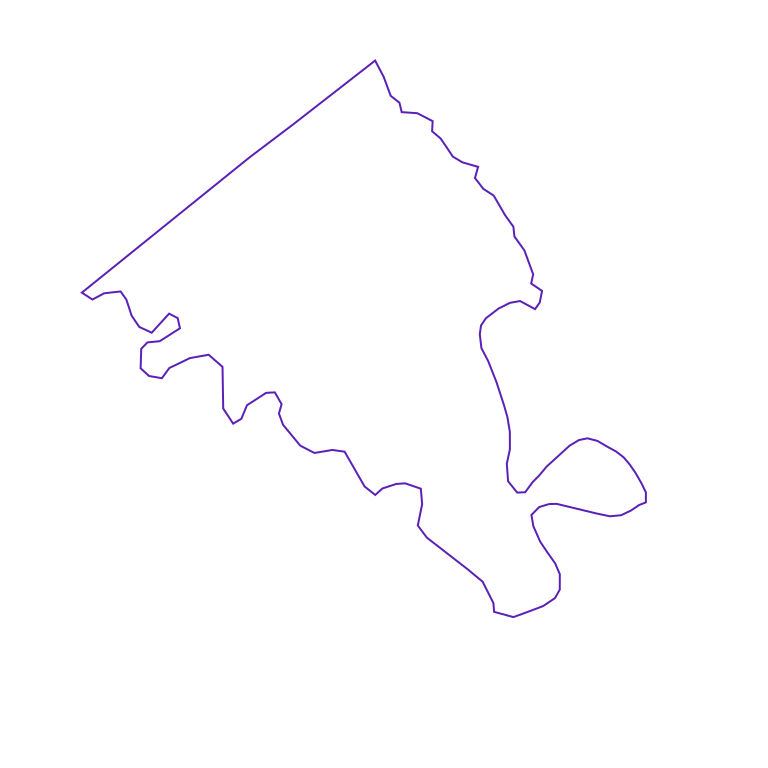 Cotiporã, Rio Grande do Sul, Brazil (Equal Earth projection), rotated 326°
{"feature_id": "56859067B19621956734569", "entity_name": "Cotiporã", "entity_type": "district", "adm_level": 2, "iso_a3": "BRA", "parent_name": "Brazil", "parent_adm1": "Rio Grande do Sul", "projection": "equal_earth", "projection_center": [-51.685, -29.013], "detail": "fine", "context": "isolated", "style": "outline", "palette": "violet", "viewbox_px": 768, "rotation_deg": 326, "n_neighbors": 0, "source": "geoboundaries", "source_scale": "gbopen_adm2", "svg_char_len": 1678}
<svg xmlns="http://www.w3.org/2000/svg" viewBox="0 0 768 768"><g transform="rotate(326 384 384)"><path d="M551.1,406.4L558.7,403.5L567.1,395.2L562.2,383.0L569.0,376.5L575.1,351.8L574.6,334.7L579.2,326.0L578.8,311.8L580.3,289.1L575.5,277.9L574.6,264.1L583.4,256.6L572.9,244.0L568.2,233.9L568.3,223.1L568.2,212.0L565.2,201.4L571.3,193.3L563.0,178.1L550.7,168.5L554.1,159.4L550.7,148.9L555.5,129.2L557.5,110.9L453.4,118.0L399.5,120.9L184.6,139.3L189.5,150.9L202.7,152.3L217.4,160.0L217.6,170.0L213.0,186.2L213.0,199.8L220.1,211.6L245.2,205.5L249.8,214.0L246.0,223.7L222.0,223.1L211.1,217.2L202.4,219.1L191.0,234.9L193.7,246.0L203.1,255.0L215.0,250.7L237.6,254.0L255.0,261.7L259.7,279.5L237.0,314.4L236.8,332.5L246.3,333.1L258.5,325.0L281.3,325.4L288.8,329.9L287.8,343.5L280.4,349.7L277.5,361.3L280.1,388.3L287.8,402.3L304.3,409.8L313.5,418.1L310.6,458.1L314.7,471.1L324.1,469.7L338.2,473.7L346.0,478.2L356.0,491.4L348.4,505.0L332.9,520.2L333.6,535.3L349.6,584.0L355.2,603.1L352.2,626.8L347.9,634.5L360.9,649.6L375.3,653.2L391.9,657.1L406.0,657.1L414.7,652.8L423.4,640.0L425.6,628.4L425.3,615.4L425.3,602.2L428.3,585.4L433.0,575.0L443.9,572.8L453.8,575.9L460.1,579.9L487.8,610.2L497.2,619.9L507.2,625.4L518.2,627.0L527.9,627.0L534.9,628.6L540.5,620.3L541.9,610.6L542.8,598.6L542.7,588.4L541.7,578.9L538.7,569.8L534.7,562.1L529.1,550.5L522.3,542.8L514.3,539.5L503.4,538.9L472.7,543.4L462.4,546.4L452.2,548.5L440.5,552.7L433.7,548.5L432.5,534.0L441.2,518.8L451.9,508.5L461.6,494.0L467.7,480.7L471.5,469.1L478.3,445.3L483.2,423.2L484.8,408.8L491.3,396.2L497.2,389.7L505.2,386.5L520.9,385.5L533.7,387.1L543.2,391.3L551.1,406.4Z" fill="none" stroke="#5b21b6" stroke-width="2"/></g></svg>